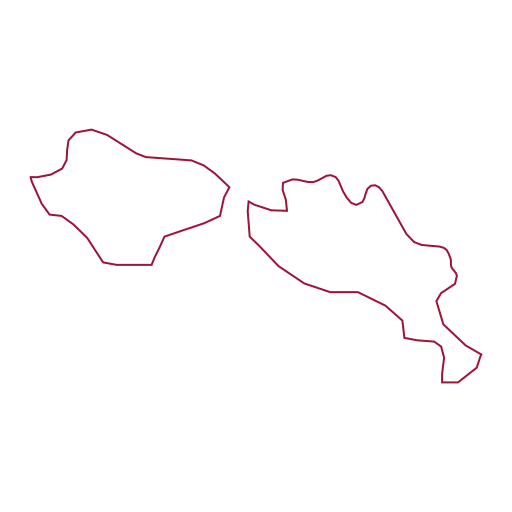 Posavina, Robinson projection
{"feature_id": "BIH-3153", "entity_name": "Posavina", "entity_type": "Canton", "adm_level": 1, "iso_a3": "BIH", "parent_name": "Bosnia and Herzegovina", "parent_adm1": "", "projection": "robinson", "projection_center": [18.542, 44.999], "detail": "fine", "context": "isolated", "style": "outline", "palette": "rose", "viewbox_px": 512, "rotation_deg": 0, "n_neighbors": 0, "source": "natural_earth", "source_scale": "10m", "svg_char_len": 1359}
<svg xmlns="http://www.w3.org/2000/svg" viewBox="0 0 512 512"><path d="M248.6,201.5L254.5,204.8L271.4,210.3L287.0,210.8L285.8,199.6L282.6,189.9L282.9,184.5L283.0,182.9L292.4,179.4L297.6,179.7L308.0,182.0L313.2,182.1L317.5,180.6L326.5,175.8L330.8,175.2L335.7,177.1L338.5,180.7L342.9,191.1L346.6,197.5L351.1,202.8L356.3,204.9L362.4,202.0L364.4,198.2L365.7,193.4L367.5,188.8L370.9,185.7L375.3,185.3L379.1,187.3L382.3,191.0L406.4,234.0L414.2,242.1L421.8,245.0L439.8,246.6L444.2,248.0L446.8,250.2L448.6,253.5L450.5,258.4L450.9,260.1L450.9,264.4L451.3,266.8L452.7,269.1L455.9,273.0L456.9,275.8L455.0,283.8L441.0,293.2L436.4,301.1L443.3,324.3L465.6,345.4L481.3,354.5L480.1,357.2L476.8,367.6L458.0,382.4L442.1,382.4L442.1,373.8L444.1,357.7L441.1,346.5L434.1,341.6L417.3,340.3L404.4,337.9L402.4,320.6L385.5,305.7L357.8,292.1L330.0,292.1L304.2,283.4L278.5,266.1L258.6,245.2L249.7,236.6L247.7,211.0L248.6,201.5ZM91.5,129.6L107.0,134.9L136.3,153.4L145.9,157.1L191.4,160.4L203.7,165.4L214.9,173.5L229.4,187.2L224.0,197.5L220.0,215.9L204.2,223.2L182.4,230.5L164.5,236.6L159.5,247.6L154.6,257.4L151.6,264.9L137.7,264.9L116.9,264.9L103.1,262.4L87.2,237.9L73.4,224.4L61.5,215.9L49.6,214.6L41.7,203.7L31.8,181.7L30.7,177.4L30.7,177.1L37.1,177.2L50.9,174.6L62.2,168.5L66.6,160.1L67.1,150.1L68.6,140.2L75.7,132.5L91.5,129.6Z" fill="none" stroke="#9f1239" stroke-width="2"/></svg>